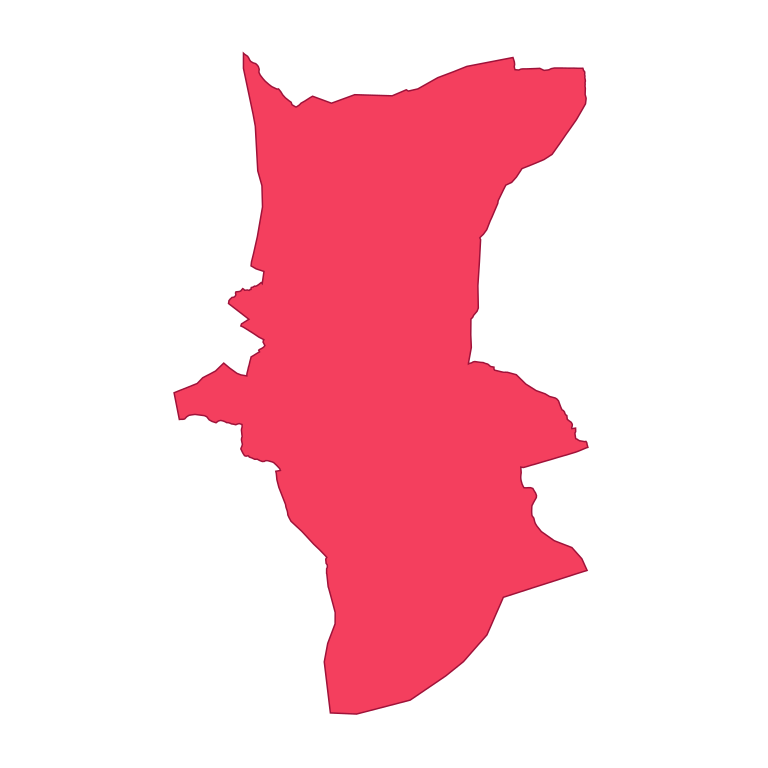 Ado-Ekiti, Ekiti, Nigeria (Mercator projection), rotated 272°
{"feature_id": "59680162B25214275797379", "entity_name": "Ado-Ekiti", "entity_type": "district", "adm_level": 2, "iso_a3": "NGA", "parent_name": "Nigeria", "parent_adm1": "Ekiti", "projection": "mercator", "projection_center": [5.254, 7.621], "detail": "fine", "context": "isolated", "style": "filled", "palette": "rose", "viewbox_px": 768, "rotation_deg": 272, "n_neighbors": 0, "source": "geoboundaries", "source_scale": "gbopen_adm2", "svg_char_len": 5831}
<svg xmlns="http://www.w3.org/2000/svg" viewBox="0 0 768 768"><g transform="rotate(272 384 384)"><path d="M204.8,593.5L208.8,591.5L213.7,589.1L216.3,587.8L227.1,577.5L232.5,562.0L233.4,559.5L238.6,551.6L242.0,546.4L247.3,541.8L249.9,540.1L251.6,539.4L255.2,538.4L257.6,536.5L258.7,536.3L260.5,536.1L262.4,536.0L264.4,536.0L266.0,536.0L267.7,536.1L269.0,536.8L270.2,537.3L271.6,538.0L275.8,540.2L277.8,540.3L278.8,539.9L280.3,539.3L282.2,538.0L282.8,537.6L284.8,536.4L285.5,534.1L285.4,531.6L285.2,529.9L285.2,528.9L285.2,527.5L286.3,526.8L288.8,525.5L291.0,524.8L292.6,524.3L294.4,524.0L295.8,523.9L298.2,524.0L300.1,524.2L302.1,524.0L305.7,523.6L305.4,526.2L306.8,530.6L308.0,534.0L308.9,537.0L310.2,540.9L311.9,545.9L313.2,549.9L314.3,553.3L316.9,560.9L317.9,564.0L318.8,566.7L319.3,568.4L321.0,573.3L322.6,578.0L323.5,580.2L324.6,582.7L327.2,588.3L327.8,590.0L328.9,589.6L329.8,589.4L330.7,589.0L331.7,588.9L332.6,588.6L333.7,587.8L333.4,586.6L333.6,585.3L334.1,581.4L335.0,579.7L335.6,578.9L336.0,577.6L336.5,577.4L340.8,576.6L341.8,576.6L343.0,577.2L345.3,577.1L346.6,577.0L346.2,574.6L346.0,573.3L347.0,573.1L347.5,573.2L348.6,573.6L350.3,573.6L352.2,572.5L353.9,570.0L355.1,568.4L357.0,568.1L358.9,567.8L359.4,566.8L361.0,565.7L362.1,565.5L363.7,564.2L364.4,562.8L367.0,561.5L369.4,560.5L373.2,559.0L375.1,557.2L376.0,555.6L377.3,549.9L379.8,545.4L382.7,536.3L388.9,525.7L397.9,515.9L400.0,507.0L400.0,505.3L399.9,503.1L400.3,500.8L400.6,499.4L401.7,494.0L402.7,493.4L404.7,493.3L405.2,490.0L405.9,489.0L407.2,487.5L407.7,486.4L408.1,484.5L408.4,483.7L408.9,482.4L409.0,479.8L409.3,476.6L409.6,474.0L409.2,472.3L408.2,470.8L407.6,468.8L407.0,467.7L407.9,467.7L423.6,470.0L436.2,469.0L451.9,468.6L453.7,470.3L455.7,471.1L460.0,474.5L463.2,475.6L485.5,474.4L509.6,475.1L531.7,475.5L533.4,474.6L534.9,475.9L537.1,478.1L541.8,481.3L550.9,484.5L553.9,485.8L564.0,489.7L568.4,491.4L571.2,491.7L582.7,496.8L587.0,498.8L590.0,504.6L595.4,509.1L604.1,514.4L608.1,523.5L608.3,524.0L613.9,536.1L619.4,544.0L631.3,551.8L639.5,557.0L644.5,560.3L651.1,564.6L654.8,567.0L657.0,568.2L664.5,572.2L668.9,574.5L671.0,575.6L674.5,575.9L675.6,576.0L676.8,576.0L680.4,574.9L686.5,574.9L688.7,574.5L690.6,574.6L692.1,574.4L693.8,574.7L695.1,574.5L697.2,574.0L698.8,574.1L700.2,573.7L701.1,573.8L702.9,573.7L703.5,573.2L704.7,572.3L705.8,572.0L706.5,571.7L706.3,567.1L706.3,562.1L706.1,558.0L706.0,551.7L705.7,543.1L705.0,540.1L703.8,537.9L703.5,536.5L703.0,533.0L704.1,530.5L704.9,528.7L704.6,525.1L703.9,515.4L703.8,512.0L703.5,509.9L702.5,507.7L702.7,503.9L705.5,503.1L708.0,503.4L710.6,503.0L710.9,502.9L714.8,501.5L704.3,455.7L698.4,442.3L692.0,427.0L680.1,407.5L677.6,398.1L678.8,396.0L672.3,382.1L672.1,344.6L662.8,321.7L669.1,302.6L667.5,300.0L664.1,295.1L661.7,291.2L660.0,289.8L657.9,286.9L657.9,285.9L659.9,282.3L662.3,281.4L663.7,279.3L666.6,275.4L669.4,272.7L672.6,270.6L675.2,268.3L675.0,266.7L677.2,261.6L679.3,258.6L682.4,254.8L684.9,252.4L688.4,249.5L691.2,248.1L694.2,248.3L696.9,247.3L698.2,246.3L699.7,244.6L700.4,242.0L701.7,239.6L702.9,238.6L705.3,237.3L706.8,236.2L708.6,233.3L709.7,232.0L694.6,232.5L648.9,243.8L637.1,246.4L592.6,250.4L577.9,255.1L556.7,256.4L526.9,252.3L509.9,249.1L501.4,247.3L497.4,247.0L494.6,252.2L492.3,260.1L480.0,258.8L481.1,257.7L479.1,255.4L478.4,254.4L477.8,253.6L477.2,252.2L477.3,251.1L476.3,249.8L475.8,248.0L474.8,247.8L473.9,247.8L473.7,246.8L473.2,246.5L472.8,245.9L473.2,244.3L472.8,241.5L473.8,240.5L474.4,239.5L473.4,238.7L471.9,237.5L471.4,236.1L470.9,232.8L469.7,232.4L468.4,232.8L467.2,232.6L465.9,231.6L465.4,230.4L465.2,229.0L464.0,227.9L463.3,227.1L462.9,227.0L462.1,226.2L459.0,225.8L444.0,246.7L439.1,239.5L437.0,238.9L436.0,241.3L435.5,242.2L430.0,251.7L426.5,257.3L424.9,260.7L424.1,262.4L423.8,262.3L423.5,262.1L423.2,261.9L422.7,261.8L421.5,261.7L421.0,262.1L418.2,263.6L416.6,262.4L415.2,260.4L414.1,258.3L413.4,257.6L411.8,258.5L410.5,256.4L409.3,254.6L408.0,252.7L406.4,250.2L405.6,250.1L401.7,249.2L398.0,248.5L396.3,248.0L393.5,247.5L389.8,246.7L388.3,246.6L387.3,246.6L388.1,240.7L389.5,236.7L394.6,229.1L399.3,223.1L393.6,217.6L391.1,215.2L389.6,212.6L387.5,209.0L386.3,206.8L383.9,202.6L378.0,197.3L370.2,179.6L367.9,174.5L356.8,177.1L341.4,180.7L341.6,181.9L341.7,184.4L342.1,186.0L344.3,187.9L345.9,190.2L346.5,193.1L347.0,196.2L346.6,200.5L346.1,205.6L345.1,208.0L342.1,210.5L340.6,213.4L339.4,217.5L341.3,219.8L341.9,222.1L341.4,224.7L340.7,226.6L339.9,228.1L339.9,230.0L339.4,231.6L338.8,232.9L338.6,234.9L338.1,237.3L338.9,239.0L339.4,240.7L338.6,243.5L337.3,243.6L336.4,243.7L335.7,243.6L334.6,243.3L333.1,243.1L328.1,243.8L326.8,244.1L326.2,244.0L325.8,243.8L324.1,243.5L323.1,243.5L320.6,244.1L318.8,244.6L316.7,244.1L314.9,243.4L314.1,243.2L313.2,243.7L311.6,244.5L309.8,245.5L307.5,247.1L307.1,248.5L307.2,249.5L307.4,250.0L307.5,250.2L307.6,250.7L307.1,251.4L306.3,251.9L305.4,254.8L305.0,255.7L304.3,257.3L304.3,258.0L304.4,259.3L304.4,260.1L303.9,261.0L303.1,262.7L302.3,265.1L302.5,267.1L303.3,268.4L303.3,270.6L302.7,273.0L302.2,275.1L301.6,276.5L298.9,279.6L297.1,281.4L295.8,282.7L294.0,283.5L293.7,282.3L293.6,281.7L293.0,278.9L290.7,279.5L284.6,280.3L277.1,282.5L269.7,285.7L260.2,289.8L257.6,290.3L255.4,291.1L253.9,291.7L251.8,292.2L249.7,292.5L246.9,293.9L243.5,295.9L241.1,298.7L234.0,306.9L230.2,310.7L221.4,319.4L216.1,325.4L213.3,328.3L208.8,332.9L207.0,331.9L205.8,332.0L204.6,332.2L202.7,332.4L201.3,333.6L198.9,333.8L197.4,333.1L194.1,333.2L192.8,333.2L191.8,333.6L191.3,333.6L179.3,335.3L178.1,335.8L172.0,337.7L161.9,340.8L153.9,343.2L142.6,343.5L122.8,336.8L104.2,334.0L53.4,341.9L53.2,368.1L69.0,421.2L94.5,456.0L109.3,473.1L126.6,487.2L136.8,495.6L147.6,499.9L155.8,503.1L169.6,508.6L175.0,510.7L179.9,524.3L185.1,538.6L189.2,550.1L195.2,566.7L200.6,581.6L204.8,593.5Z" fill="#f43f5e" stroke="#9f1239" stroke-width="1.5"/></g></svg>